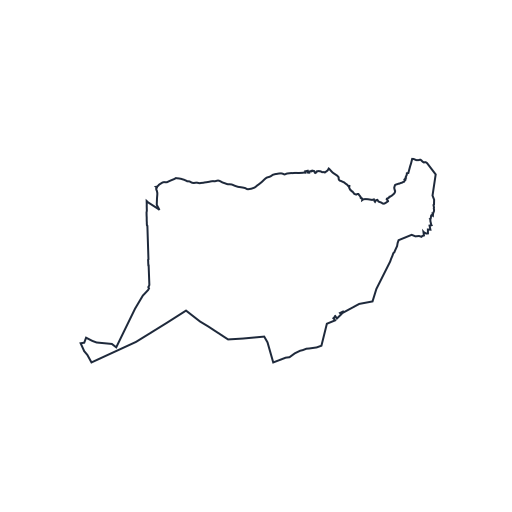 Tepetlixpa, Morelos, Mexico, rotated 240°
{"feature_id": "50627088B54138403616253", "entity_name": "Tepetlixpa", "entity_type": "district", "adm_level": 2, "iso_a3": "MEX", "parent_name": "Mexico", "parent_adm1": "Morelos", "projection": "albers", "projection_center": [-98.833, 19.014], "detail": "fine", "context": "isolated", "style": "outline", "palette": "slate", "viewbox_px": 512, "rotation_deg": 240, "n_neighbors": 0, "source": "geoboundaries", "source_scale": "gbopen_adm2", "svg_char_len": 5999}
<svg xmlns="http://www.w3.org/2000/svg" viewBox="0 0 512 512"><g transform="rotate(240 256 256)"><path d="M155.2,217.7L153.1,230.9L151.6,234.4L152.3,241.0L151.9,246.8L151.1,249.5L150.5,253.3L149.3,255.8L146.5,262.8L145.6,267.8L151.5,273.5L161.9,283.5L160.7,292.3L162.2,292.2L163.4,291.9L164.0,294.0L164.4,294.3L164.4,294.6L161.4,294.8L162.9,300.7L164.6,300.3L164.4,303.6L164.1,303.6L163.4,302.9L162.9,321.4L158.4,334.2L167.3,343.8L184.1,369.4L186.0,371.6L186.3,372.0L188.1,374.4L189.5,376.0L189.8,376.4L190.0,377.1L190.0,377.6L191.4,379.4L194.0,383.1L196.5,385.2L198.4,387.4L196.5,401.4L193.3,403.9L191.8,407.2L189.9,408.9L190.2,410.0L189.8,411.7L193.2,413.1L192.7,413.2L190.4,414.6L189.9,415.5L189.6,416.2L193.0,418.1L191.6,420.2L195.6,421.5L195.5,421.8L195.1,422.5L194.9,423.4L195.5,423.4L199.1,424.5L200.6,425.4L201.1,425.3L201.2,426.1L203.5,428.0L203.6,428.7L202.4,429.3L203.7,430.2L204.2,430.2L204.7,430.3L204.5,430.9L206.0,432.7L207.2,433.4L208.4,433.8L209.0,434.4L211.4,435.2L211.6,435.9L215.7,438.4L220.1,439.1L236.8,452.4L250.8,450.6L251.8,450.2L252.5,449.7L252.9,448.9L253.0,448.2L253.8,447.8L254.0,447.6L255.0,447.3L255.3,447.2L255.5,447.1L255.9,447.1L256.1,447.0L256.6,446.8L256.9,446.7L257.2,446.5L257.4,446.2L257.6,445.1L258.0,444.2L258.8,442.9L259.0,442.6L259.4,442.4L260.4,441.6L260.6,441.5L260.8,441.3L261.3,440.9L261.5,440.6L262.0,439.8L258.5,436.4L256.7,434.4L255.3,433.0L253.4,431.1L251.7,429.4L252.2,428.0L250.8,427.0L249.5,425.1L249.3,424.9L248.6,424.9L248.1,423.0L247.2,423.4L247.1,423.1L247.1,422.6L246.3,421.5L246.5,420.8L246.5,419.1L246.9,417.6L247.0,416.3L247.4,415.6L247.4,415.1L247.9,412.9L247.9,411.8L246.1,409.9L244.9,409.4L243.8,409.2L243.4,409.0L242.7,409.0L241.7,408.1L241.0,406.9L240.4,404.0L240.3,401.5L240.6,401.2L240.0,400.1L240.2,398.0L240.0,397.8L239.7,397.5L238.1,397.9L237.4,397.7L237.2,395.3L237.2,394.5L237.2,393.5L237.6,392.5L238.2,391.9L239.5,391.3L241.8,389.4L243.0,389.2L243.9,389.2L244.3,387.9L243.4,386.2L244.1,386.1L244.5,386.1L245.4,386.3L246.1,386.4L246.5,384.6L249.3,381.2L250.7,379.0L251.2,377.9L251.4,377.1L251.3,375.9L252.1,376.5L252.3,376.6L252.7,376.6L252.9,376.6L253.2,376.4L253.3,376.2L253.5,375.9L253.8,375.8L254.0,375.7L254.2,375.8L254.4,375.9L254.6,376.1L256.1,376.0L256.6,375.9L257.2,375.8L258.0,375.7L258.5,375.7L259.0,374.8L259.0,374.2L259.1,373.5L260.6,372.2L263.5,371.8L263.6,371.6L263.8,371.5L264.1,371.5L264.2,371.4L264.3,371.2L264.5,371.1L265.3,371.1L265.7,371.0L265.9,370.9L266.5,370.6L267.0,370.7L267.2,370.8L267.7,370.8L268.2,370.8L268.5,370.9L268.9,371.0L269.2,371.3L269.7,371.4L269.7,371.7L270.0,371.9L270.3,371.5L270.4,371.1L270.4,370.9L272.4,370.5L273.8,369.8L275.9,369.0L276.3,368.6L276.8,368.3L277.3,367.9L278.1,367.4L278.7,366.9L279.2,366.4L279.6,366.2L280.3,366.0L280.9,366.0L281.6,366.2L282.4,366.7L283.0,366.9L283.6,366.8L285.0,366.5L288.4,364.8L289.9,364.1L291.0,363.8L295.0,362.9L295.4,362.7L295.2,362.4L294.8,361.8L294.3,360.8L294.2,359.9L294.0,359.3L294.1,358.5L294.0,358.0L293.9,357.4L294.4,357.1L294.7,356.8L295.0,356.1L295.6,355.1L296.6,354.6L296.9,354.2L297.4,353.9L297.8,353.1L298.2,352.8L298.5,352.1L298.6,351.7L298.9,351.2L298.9,350.8L298.6,350.6L298.5,350.4L298.2,350.0L298.4,349.5L298.3,348.8L298.7,348.6L300.5,348.8L301.0,348.3L301.3,347.8L301.3,347.6L301.4,347.2L301.8,347.3L302.1,346.5L302.1,346.0L301.8,345.7L302.7,344.2L301.6,343.7L302.2,342.7L302.7,342.7L304.0,343.3L304.7,341.0L304.0,340.9L303.4,340.5L304.3,339.2L304.7,338.1L305.6,336.3L306.2,335.1L306.8,334.0L307.7,332.6L308.7,330.8L309.5,329.1L310.3,327.8L311.0,326.2L311.5,325.1L311.9,324.1L312.1,323.1L312.1,322.6L312.4,321.4L312.5,321.3L312.7,321.2L312.9,321.0L313.2,320.8L313.5,320.6L314.5,319.7L315.1,318.9L315.6,317.9L316.2,316.5L316.6,315.3L317.3,313.6L317.9,311.2L317.7,308.5L317.9,307.0L318.2,305.9L318.5,304.6L318.4,303.0L318.0,301.1L317.5,299.2L317.2,297.9L316.9,296.0L316.6,293.9L316.5,292.3L316.2,291.0L316.0,289.3L316.1,288.2L316.4,286.7L316.6,285.6L317.0,284.6L317.4,283.5L317.8,282.5L318.4,281.7L319.2,281.2L319.9,280.8L320.3,280.5L321.7,279.0L322.6,277.9L323.5,276.8L324.8,275.1L326.1,273.9L327.6,272.6L329.0,271.6L330.1,270.7L331.2,269.2L332.1,267.6L333.1,266.6L334.7,265.3L335.9,264.2L337.1,263.3L338.4,262.6L339.3,261.9L340.0,261.3L340.5,260.5L340.9,259.1L341.1,258.3L341.4,257.6L341.7,257.0L342.3,256.3L343.2,254.2L343.7,252.5L344.2,251.2L344.6,250.1L345.3,248.5L345.8,246.9L346.7,245.0L347.0,244.1L347.4,243.3L348.0,242.7L348.4,242.2L348.9,241.7L349.4,240.9L350.0,239.5L350.2,238.8L350.8,238.0L351.2,237.5L351.9,236.9L353.4,236.0L353.9,235.6L354.3,235.1L354.6,234.6L354.9,234.1L355.2,233.7L355.7,233.5L356.5,232.9L357.2,232.4L357.9,231.9L359.5,230.4L360.2,229.8L360.7,229.2L361.8,227.9L362.7,226.6L363.5,225.6L363.6,225.2L363.5,224.7L363.5,223.9L364.0,220.3L364.2,218.5L364.3,217.2L364.4,215.9L364.9,214.8L365.9,213.4L366.3,212.3L366.4,211.2L366.3,209.1L366.3,208.6L366.2,207.4L365.9,206.9L365.8,206.4L365.7,205.9L365.5,205.2L365.6,204.9L365.9,204.0L365.6,204.1L365.4,204.0L365.1,204.1L364.8,204.3L364.7,204.3L364.5,203.8L364.3,203.4L364.1,203.1L362.9,202.8L361.9,202.7L360.4,202.2L360.0,202.1L358.5,201.2L355.6,199.2L351.5,196.6L350.2,195.8L349.6,195.6L346.2,195.5L344.1,195.4L345.0,195.2L356.7,189.2L358.0,188.9L358.3,188.8L357.4,188.3L355.5,187.3L354.2,186.5L353.1,185.9L349.8,184.1L349.3,183.7L348.5,183.0L345.6,181.4L344.0,180.6L341.2,179.0L339.6,178.2L338.4,177.5L337.9,177.3L337.4,177.0L337.1,176.9L336.9,176.9L336.8,177.0L336.6,177.0L336.4,177.0L306.9,161.2L306.8,160.8L306.4,160.5L305.8,160.2L304.8,159.7L303.9,159.2L302.1,158.3L301.7,158.1L301.5,158.3L284.5,149.3L283.8,148.7L283.6,148.4L283.2,147.7L283.0,147.4L282.9,147.2L282.7,147.2L281.9,147.2L281.5,147.2L280.5,145.6L278.3,138.2L270.9,125.0L246.8,89.3L251.9,87.2L260.8,74.7L264.3,71.8L270.2,68.0L266.8,63.9L268.1,60.5L260.1,59.7L259.7,59.6L254.6,60.5L246.1,60.3L241.6,109.1L242.7,145.3L243.7,168.1L227.2,174.8L218.7,179.5L212.7,182.5L197.7,190.1L191.1,203.3L182.1,222.8L175.5,222.8L155.2,217.7Z" fill="none" stroke="#1e293b" stroke-width="2"/></g></svg>